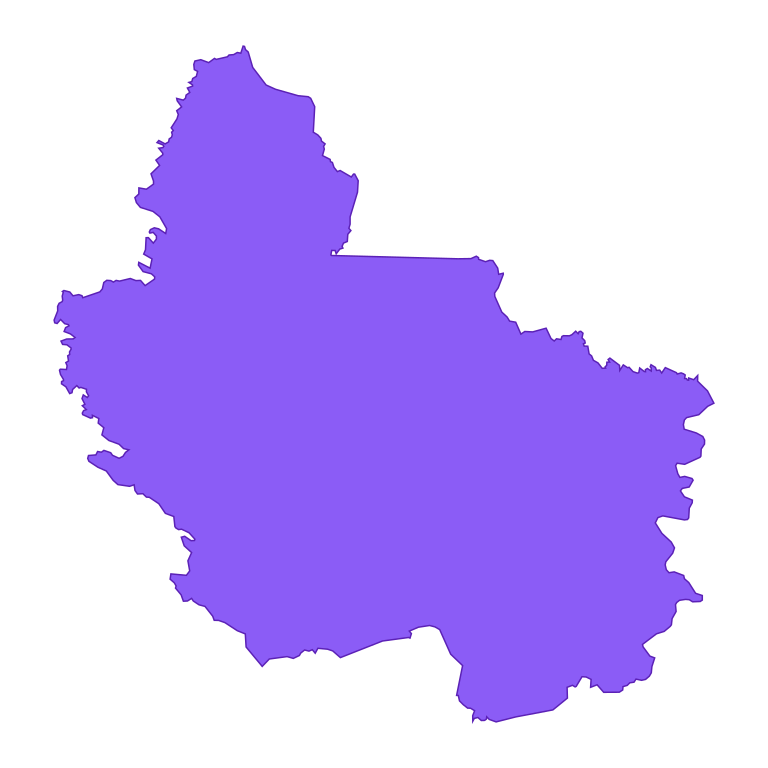 Hambol, Vallée du Bandama, Ivory Coast (Natural Earth projection)
{"feature_id": "98640826B80955316471767", "entity_name": "Hambol", "entity_type": "district", "adm_level": 2, "iso_a3": "CIV", "parent_name": "Ivory Coast", "parent_adm1": "Vallée du Bandama", "projection": "natural_earth1", "projection_center": [-4.861, 8.622], "detail": "fine", "context": "isolated", "style": "filled", "palette": "violet", "viewbox_px": 768, "rotation_deg": 0, "n_neighbors": 0, "source": "geoboundaries", "source_scale": "gbopen_adm2", "svg_char_len": 6021}
<svg xmlns="http://www.w3.org/2000/svg" viewBox="0 0 768 768"><path d="M170.1,579.2L174.2,582.7L176.1,585.9L175.5,588.1L181.1,594.8L183.4,601.2L187.5,601.0L191.6,598.4L193.3,601.0L199.0,604.8L205.0,606.4L212.7,616.2L214.2,620.3L218.6,620.4L224.9,622.6L237.3,630.7L245.3,633.9L246.1,647.0L262.2,666.4L269.3,659.0L287.1,656.6L293.3,658.4L299.4,655.5L300.7,653.1L304.6,650.0L309.0,651.1L312.3,649.7L315.2,653.2L317.9,648.3L327.6,649.2L332.7,650.9L340.4,657.6L382.5,641.0L408.5,637.5L410.0,638.1L411.4,633.6L409.3,631.1L418.4,627.2L429.6,625.5L435.0,626.9L439.7,629.6L450.7,654.2L462.6,665.6L456.6,695.4L458.3,695.5L459.5,700.9L463.3,704.7L467.6,708.1L470.5,708.2L474.6,710.7L472.7,715.7L472.8,721.2L474.3,718.4L477.9,717.5L481.3,720.5L484.6,720.4L486.4,719.1L486.7,716.8L489.2,719.4L496.1,721.9L515.8,716.9L552.9,709.9L567.4,698.1L567.1,687.3L572.5,685.3L575.1,686.9L576.2,686.4L582.0,676.7L586.2,677.0L591.1,679.4L590.6,687.3L597.1,684.8L603.7,692.3L619.3,692.2L622.7,690.0L623.0,686.6L627.2,685.4L629.8,682.8L634.0,682.2L636.0,679.1L641.6,680.3L645.6,679.4L649.4,676.1L651.3,672.8L651.9,666.6L654.7,657.9L649.9,656.1L643.1,646.9L642.5,644.4L656.5,633.8L664.2,631.4L670.2,626.4L671.4,624.8L672.1,618.6L676.1,611.5L675.5,604.6L676.7,602.5L679.5,600.3L685.5,599.4L689.3,599.7L692.6,601.8L700.2,601.5L702.3,600.1L702.3,595.5L695.6,593.3L688.8,582.6L684.4,578.7L683.7,575.5L674.2,571.9L669.0,572.7L666.3,569.7L665.2,564.9L665.8,561.8L672.7,553.2L674.5,547.9L671.2,542.0L661.9,533.4L655.3,522.9L657.9,517.6L662.8,515.9L684.4,519.9L687.5,519.5L688.7,517.9L689.3,508.1L692.2,502.8L692.4,500.1L684.4,496.8L680.4,490.9L682.3,488.4L689.2,487.0L693.1,480.2L692.0,478.5L684.7,476.4L679.9,477.4L677.8,473.7L675.6,465.7L677.1,463.2L684.7,464.3L700.0,457.3L700.9,456.1L701.2,449.0L704.5,444.1L704.6,440.1L702.8,436.5L696.4,433.0L684.2,429.2L683.4,424.6L684.4,420.0L686.6,417.6L698.8,414.7L707.7,406.3L713.9,403.2L707.5,390.9L697.6,381.2L697.7,375.5L693.7,379.7L688.7,378.0L688.6,380.2L687.3,380.0L686.5,378.6L684.6,378.5L685.2,375.0L683.5,373.8L681.1,372.9L677.2,374.0L676.5,372.7L665.3,367.6L661.7,373.0L659.7,370.1L656.5,370.4L655.4,367.4L651.0,364.7L650.2,366.8L651.2,367.7L651.2,371.0L647.4,368.5L645.4,369.7L645.5,371.7L644.2,371.5L639.7,368.0L638.8,372.7L637.3,373.1L633.0,371.6L629.1,367.3L627.6,367.7L623.3,364.9L619.8,370.4L619.5,365.3L609.9,358.1L608.1,359.5L609.6,362.1L606.9,362.2L606.7,365.3L605.1,366.9L605.6,368.1L602.2,368.3L598.0,362.9L593.4,360.3L591.6,355.9L589.1,353.9L587.8,346.2L584.2,346.1L583.4,343.8L585.2,343.0L584.7,340.6L582.0,337.9L583.0,333.2L580.8,331.3L579.2,331.6L578.1,333.7L575.7,331.2L571.9,334.7L569.4,335.8L563.4,335.7L561.9,336.5L561.0,339.5L556.5,338.8L554.2,341.0L551.0,338.5L546.1,328.2L532.7,331.9L524.8,331.5L520.9,334.1L515.7,322.2L509.6,321.1L507.1,317.0L501.8,312.1L494.8,296.4L494.6,293.0L498.2,287.8L503.3,274.4L503.2,273.2L498.7,274.3L497.7,268.1L492.8,260.6L489.7,260.3L485.5,261.7L478.6,259.3L478.5,257.6L476.3,256.2L471.0,258.6L458.0,258.8L331.6,255.5L330.9,254.9L331.7,250.4L335.1,250.5L336.2,253.8L339.8,249.1L342.9,248.1L342.1,246.3L343.5,243.1L347.3,241.5L347.8,234.3L350.9,230.6L348.9,228.3L350.1,224.2L350.1,216.9L357.5,192.2L358.2,180.7L354.7,174.1L353.5,174.1L351.3,177.0L340.1,170.5L337.4,171.6L334.0,167.4L332.4,162.5L330.5,161.6L330.1,159.4L322.5,155.6L324.3,149.1L323.6,146.4L325.1,143.9L321.5,141.1L320.9,138.3L317.9,135.0L313.3,132.2L314.7,106.7L310.7,98.3L308.2,96.7L298.1,95.7L275.6,89.3L266.1,85.0L252.7,67.4L248.2,52.0L245.5,49.6L244.5,46.4L243.1,46.1L240.8,53.2L237.3,52.5L233.7,54.6L229.0,55.0L227.4,56.8L216.2,59.4L214.5,58.4L208.7,62.6L200.8,59.7L194.9,61.0L193.8,64.4L194.3,69.6L197.6,71.4L196.3,76.4L192.7,78.5L191.8,81.6L188.9,82.4L192.5,84.9L192.6,86.1L187.4,88.0L189.8,92.4L186.1,95.1L185.5,98.2L183.3,100.1L176.7,98.4L177.2,100.8L181.6,106.9L176.7,110.7L178.3,114.5L177.0,118.8L171.2,127.8L173.3,130.6L171.6,132.2L172.3,134.8L171.5,137.3L169.2,138.9L168.6,141.9L165.1,143.9L158.8,140.5L157.0,142.6L163.1,145.0L163.8,146.4L162.9,147.6L158.7,148.2L162.7,153.1L162.8,154.7L155.9,160.1L159.6,165.4L151.0,173.8L153.5,181.0L153.5,184.1L146.4,189.2L138.9,187.9L138.8,194.0L134.9,197.6L136.4,202.6L140.4,207.4L153.0,211.4L159.8,216.8L166.6,228.6L165.7,233.5L158.6,228.8L154.3,227.8L150.4,229.6L149.3,232.0L149.9,233.1L153.2,232.4L156.4,236.0L156.4,239.1L153.3,243.1L148.4,237.6L146.1,237.7L145.5,249.7L143.7,254.1L152.0,258.9L150.1,268.2L138.8,262.3L138.4,265.1L143.1,271.6L151.4,273.8L154.7,276.8L154.5,279.1L145.1,285.6L140.5,280.4L135.9,280.6L130.3,278.5L119.5,281.1L116.1,280.4L113.4,282.1L110.8,280.6L106.8,280.3L103.8,282.5L102.3,289.0L99.8,291.9L82.8,297.7L82.0,295.7L78.8,294.6L73.0,295.8L69.8,292.0L63.9,290.5L62.4,291.5L63.3,292.2L62.2,296.1L62.7,300.1L62.2,301.6L59.1,303.3L57.6,306.4L57.7,310.9L54.1,320.1L54.7,322.8L57.1,323.5L60.6,319.5L64.7,323.7L68.4,324.6L69.0,325.8L65.6,327.6L64.1,331.5L70.4,333.9L75.1,337.5L73.2,338.9L66.7,339.0L61.0,341.1L62.6,344.4L66.9,344.8L71.0,347.9L71.1,349.2L69.5,351.9L69.7,354.5L67.7,355.8L68.5,361.0L65.8,362.6L67.1,365.7L66.5,369.5L60.3,369.2L59.5,370.2L60.5,374.5L63.4,379.3L63.5,380.7L61.6,381.5L61.5,383.8L65.9,386.8L69.7,393.6L72.0,392.7L72.6,389.5L76.8,385.6L79.1,388.0L80.9,387.4L86.5,389.3L86.4,391.8L88.6,395.8L87.3,397.5L83.3,394.9L82.0,398.6L84.9,404.3L82.3,405.7L86.3,409.6L83.6,410.6L82.3,413.1L82.7,414.6L90.4,418.1L92.5,417.7L92.4,415.3L98.8,418.5L98.2,423.1L103.8,427.7L101.9,434.9L108.9,440.5L119.0,444.2L123.6,448.6L128.9,449.8L125.5,452.4L123.0,456.3L119.1,458.3L112.5,455.3L110.7,452.7L103.9,450.4L101.4,452.2L97.6,451.5L95.9,454.9L88.5,455.5L87.7,458.4L88.9,461.3L98.0,467.3L106.3,471.0L113.2,480.4L117.9,484.6L129.6,486.3L134.1,484.8L135.0,490.5L137.5,494.0L142.9,493.7L146.4,497.1L149.3,497.3L158.8,503.7L165.4,513.4L173.8,516.5L174.9,526.6L175.9,528.0L178.6,529.6L181.6,529.2L189.1,532.8L194.9,539.2L194.5,540.5L191.1,540.7L184.7,536.3L181.3,537.2L184.2,545.8L191.6,552.6L187.9,560.8L189.7,570.9L186.4,575.3L170.9,573.9L170.1,579.2Z" fill="#8b5cf6" stroke="#5b21b6" stroke-width="1.5"/></svg>